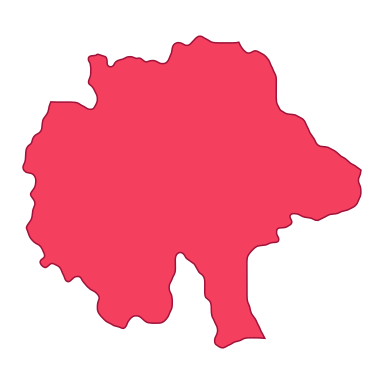 Sabana Grande de Boyá, Monte Plata, Dominican Republic
{"feature_id": "3306468B74800067614401", "entity_name": "Sabana Grande de Boyá", "entity_type": "district", "adm_level": 2, "iso_a3": "DOM", "parent_name": "Dominican Republic", "parent_adm1": "Monte Plata", "projection": "robinson", "projection_center": [-69.796, 18.975], "detail": "fine", "context": "isolated", "style": "filled", "palette": "rose", "viewbox_px": 384, "rotation_deg": 0, "n_neighbors": 0, "source": "geoboundaries", "source_scale": "gbopen_adm2", "svg_char_len": 5841}
<svg xmlns="http://www.w3.org/2000/svg" viewBox="0 0 384 384"><path d="M50.8,101.9L49.3,105.9L48.3,110.7L47.8,112.3L46.6,114.5L43.6,118.6L42.9,120.1L42.4,122.6L41.8,128.4L41.3,130.0L41.0,130.7L40.1,131.9L39.1,132.9L35.4,135.1L33.9,136.6L32.8,138.6L31.5,142.8L30.7,143.9L28.7,145.5L27.7,146.5L26.6,148.4L26.1,150.0L25.8,152.5L25.4,159.5L24.9,161.9L23.2,165.9L23.0,167.5L23.3,169.1L24.0,170.4L25.6,171.9L26.9,172.5L31.2,173.4L32.5,174.0L33.7,175.0L34.6,176.2L35.3,177.7L35.7,179.3L35.8,181.0L35.5,184.5L34.8,186.9L34.0,188.4L31.3,192.2L30.7,193.5L30.6,194.3L30.7,195.0L31.3,196.4L33.9,200.1L34.6,201.6L34.9,203.2L34.8,204.8L33.0,209.6L32.7,211.3L32.1,216.3L31.5,218.8L30.3,221.0L27.5,225.0L26.8,226.4L26.4,227.9L29.3,235.9L30.5,238.1L32.1,240.1L33.9,241.9L35.8,243.3L39.1,245.1L40.7,246.7L42.0,248.7L44.1,253.4L44.5,254.7L44.6,255.5L44.4,256.9L43.6,257.9L41.3,259.6L40.6,260.6L40.3,261.2L40.1,261.9L40.2,262.6L40.4,263.4L41.6,265.3L43.3,266.8L44.6,267.4L45.3,267.5L46.0,267.4L47.2,266.7L50.5,263.9L51.8,263.5L52.5,263.5L53.7,263.8L58.1,266.0L59.8,267.5L61.0,269.4L62.2,272.4L64.1,276.5L64.9,278.7L65.5,280.0L66.4,281.0L67.6,281.6L68.2,281.7L69.5,281.4L70.7,280.5L73.5,277.9L74.8,277.0L75.5,276.8L76.9,276.5L78.4,276.5L79.7,276.9L80.3,277.3L81.2,278.4L82.2,280.3L83.6,282.3L87.4,286.7L90.5,289.4L93.9,291.2L95.3,292.1L97.1,293.8L98.5,295.6L99.1,297.1L99.2,298.5L98.1,301.7L97.7,303.2L97.4,305.7L97.4,308.3L97.5,310.0L98.0,311.7L98.3,312.4L99.2,313.9L100.7,315.9L104.2,319.6L106.0,321.2L107.4,322.1L110.1,323.4L113.9,325.6L119.1,327.0L122.0,328.2L123.2,328.4L123.9,328.2L125.0,327.5L125.8,326.5L126.5,325.3L127.7,322.4L128.5,321.0L130.1,318.9L131.3,317.7L132.6,316.7L133.3,316.3L134.9,315.9L137.2,315.8L139.4,316.5L140.8,317.4L144.5,320.7L146.5,322.1L147.9,322.6L150.3,323.0L153.5,323.2L159.1,323.1L160.7,322.9L162.2,322.4L163.6,321.6L164.9,320.5L166.1,319.3L167.6,317.3L168.5,315.8L169.7,312.8L171.3,309.4L171.9,307.8L172.2,305.3L172.3,300.9L172.0,297.5L171.5,295.0L169.9,291.6L169.4,290.1L169.1,287.6L169.4,285.1L169.9,283.5L171.6,280.2L172.8,277.2L174.5,273.8L175.0,272.3L175.3,270.6L175.4,268.0L175.3,259.2L175.5,257.6L175.9,255.9L176.6,254.6L177.6,253.5L178.9,252.7L180.4,252.5L181.9,252.8L183.1,253.6L184.5,255.2L185.8,257.6L186.7,258.6L194.1,263.9L194.9,265.0L198.8,271.9L199.7,272.9L202.4,275.0L203.3,276.2L204.0,277.5L204.5,279.2L204.7,280.9L204.8,283.7L204.7,291.9L204.9,294.5L205.2,296.1L205.8,297.5L208.8,300.1L209.7,301.1L210.5,302.5L210.9,304.0L211.2,305.7L211.4,312.6L211.8,315.2L212.2,316.7L213.9,320.1L215.2,323.1L216.9,326.5L217.3,328.0L217.6,330.6L217.2,333.0L216.7,334.5L215.1,337.8L214.6,340.2L214.8,342.5L215.4,343.9L215.9,344.5L218.6,346.4L220.4,347.4L221.9,347.8L223.4,347.8L225.4,347.0L227.8,345.6L230.6,344.3L234.3,342.1L240.2,340.5L243.4,338.8L244.8,338.3L247.3,337.9L251.5,337.8L259.2,337.9L264.8,338.3L262.9,334.6L261.0,331.2L259.5,327.5L257.4,323.4L256.1,320.5L255.3,319.0L252.3,314.9L251.4,313.4L250.6,311.1L249.5,306.3L248.0,302.8L247.5,301.2L247.1,298.4L247.0,295.6L246.9,261.9L247.1,259.1L247.4,257.3L247.7,256.4L248.5,254.8L250.0,252.7L253.0,249.4L254.9,247.7L257.1,246.3L259.6,245.7L265.5,245.0L267.0,244.5L270.2,243.0L272.4,242.6L276.0,242.3L277.3,241.9L277.8,241.6L278.3,241.1L278.6,240.4L278.8,239.1L278.5,237.8L277.0,234.8L276.6,233.4L276.6,231.1L277.0,229.7L277.4,229.0L277.9,228.6L279.2,228.0L284.3,227.6L286.5,227.0L290.0,224.9L291.0,224.1L291.7,222.9L291.8,221.5L291.4,220.3L290.1,217.6L290.0,216.2L290.2,215.5L290.5,214.9L291.6,214.0L292.9,213.7L294.3,213.6L297.3,214.0L298.8,214.5L302.0,216.2L303.4,216.8L304.9,217.2L310.3,218.0L311.8,218.5L315.5,220.2L317.7,220.4L318.4,220.2L324.9,217.0L328.7,214.9L330.9,214.3L335.6,213.8L337.8,213.3L341.7,211.5L347.6,210.0L353.5,207.0L354.7,206.2L356.3,204.6L357.2,203.3L360.3,196.3L360.7,194.6L360.9,192.9L360.8,189.5L360.6,187.8L360.2,186.2L358.8,182.8L358.4,180.5L358.7,178.3L360.3,174.1L361.0,170.1L354.8,165.6L350.7,163.4L345.7,159.0L344.4,158.1L341.0,156.2L336.6,152.3L334.6,150.8L328.1,147.4L325.8,146.9L320.4,146.3L319.0,145.7L317.8,144.9L316.3,143.3L314.2,139.0L309.9,132.7L308.3,128.9L306.6,125.5L305.0,121.9L304.2,120.6L302.7,119.0L301.4,118.2L295.6,115.1L293.3,114.6L287.8,114.0L286.3,113.6L285.0,113.0L281.4,110.8L280.3,109.9L279.5,108.7L277.5,104.8L276.9,103.4L276.5,101.7L276.2,97.2L276.3,80.7L276.2,78.0L275.9,76.3L275.4,74.7L273.7,71.3L272.5,68.3L270.8,64.9L269.3,61.2L268.5,59.8L266.0,56.7L263.7,54.7L257.9,51.5L256.6,51.0L255.1,50.8L253.7,51.1L250.8,52.6L249.4,53.0L248.0,53.0L247.2,52.9L245.9,52.2L243.7,50.2L241.7,47.7L240.4,45.6L238.8,42.2L236.3,42.7L232.0,42.9L218.2,42.9L213.9,42.6L212.3,42.3L210.8,41.7L207.7,39.8L205.0,38.4L202.0,36.6L200.6,36.2L199.9,36.2L198.4,36.4L197.0,37.2L195.7,38.3L190.3,44.0L189.0,44.9L188.3,45.2L186.8,45.4L185.3,45.2L181.7,43.3L179.5,42.7L178.0,42.6L176.5,42.9L175.8,43.2L174.5,44.0L173.5,45.1L172.8,46.4L172.3,48.0L171.5,52.8L168.5,60.0L167.2,61.8L166.1,62.8L164.7,63.4L163.2,63.6L161.6,63.6L160.1,63.3L158.8,62.7L155.6,61.0L153.4,60.5L151.2,60.6L149.7,60.9L146.8,61.9L145.5,61.8L144.3,61.2L141.5,59.0L140.3,58.3L139.1,58.1L136.4,58.4L135.3,58.1L132.2,56.9L130.7,56.7L129.2,56.7L126.9,57.1L123.1,59.0L118.7,60.2L117.3,60.8L116.1,61.6L115.1,62.6L113.4,65.5L112.9,65.9L111.8,66.6L110.5,66.8L109.8,66.7L108.6,66.2L107.6,65.2L107.2,63.8L107.0,60.1L106.7,58.7L106.1,57.4L105.6,56.9L104.3,56.3L98.1,54.3L97.1,54.4L95.8,55.3L90.6,56.0L89.4,56.6L88.9,57.1L88.5,57.8L88.4,58.5L88.4,60.0L88.9,61.2L90.1,63.3L90.8,67.9L90.8,70.8L90.7,73.6L90.5,75.4L90.0,77.1L89.0,79.7L88.6,81.0L88.5,82.4L88.9,83.7L89.3,84.2L91.7,86.2L93.5,88.5L96.6,94.7L97.1,96.3L97.3,98.0L97.3,100.5L96.9,102.2L96.0,104.3L94.3,107.4L93.4,108.5L92.8,108.9L91.4,109.3L90.0,109.3L88.5,109.1L87.1,108.5L84.1,106.6L81.4,105.2L78.3,103.3L76.8,102.7L75.2,102.4L70.9,102.1L57.8,102.1L50.8,101.9Z" fill="#f43f5e" stroke="#9f1239" stroke-width="1.5"/></svg>